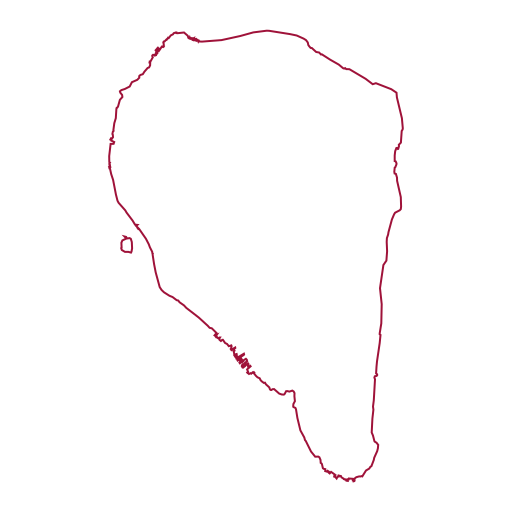 the district of Kota Tarakan, Kalimantan Timur, Indonesia
{"feature_id": "22746128B97983454808676", "entity_name": "Kota Tarakan", "entity_type": "district", "adm_level": 2, "iso_a3": "IDN", "parent_name": "Indonesia", "parent_adm1": "Kalimantan Timur", "projection": "natural_earth1", "projection_center": [117.588, 3.341], "detail": "fine", "context": "isolated", "style": "outline", "palette": "rose", "viewbox_px": 512, "rotation_deg": 0, "n_neighbors": 0, "source": "geoboundaries", "source_scale": "gbopen_adm2", "svg_char_len": 5991}
<svg xmlns="http://www.w3.org/2000/svg" viewBox="0 0 512 512"><path d="M307.8,42.5L306.0,40.1L303.6,38.6L296.7,35.5L290.0,34.1L269.1,30.8L266.7,30.7L253.3,32.4L240.3,36.0L221.5,40.1L202.1,41.6L199.5,41.5L198.9,40.7L198.4,41.5L198.1,40.6L196.7,40.8L197.0,39.6L196.6,39.5L196.3,40.4L195.8,40.2L195.9,38.9L195.6,38.9L195.4,39.9L195.2,39.9L195.3,39.0L195.0,38.9L194.6,40.0L194.0,40.4L193.4,40.1L193.7,39.2L193.2,40.1L192.8,40.0L193.5,38.4L192.6,38.9L192.6,38.2L192.2,38.2L192.1,38.9L191.3,38.9L191.7,37.4L190.7,38.8L190.1,38.5L189.7,37.4L189.2,38.4L188.4,37.9L187.7,35.7L184.0,32.5L177.5,33.2L176.5,33.1L176.5,32.5L176.0,32.4L173.7,33.2L173.0,34.3L170.8,35.4L168.7,38.1L168.1,37.7L166.7,39.7L166.4,39.5L164.5,41.5L164.0,41.4L163.5,41.9L163.3,42.6L163.8,44.2L163.5,45.5L164.0,46.1L163.7,46.7L163.1,47.1L161.8,46.6L160.1,49.2L159.2,48.7L159.0,49.0L157.9,47.7L157.6,48.0L159.4,50.2L158.9,50.9L157.9,49.9L158.2,49.3L157.3,48.4L155.6,50.3L156.1,51.1L156.4,50.5L157.4,51.6L157.4,53.2L157.0,53.6L156.2,52.7L155.9,52.9L155.5,54.0L155.9,55.2L154.8,55.6L154.3,55.0L153.1,54.8L152.4,55.4L152.2,55.9L152.8,57.3L150.3,61.8L149.7,61.6L149.5,62.6L150.2,62.8L150.1,65.4L149.1,67.4L147.6,68.0L144.4,71.7L142.8,74.2L140.6,74.9L139.5,75.7L139.2,76.2L139.3,77.7L137.3,79.8L131.9,82.2L129.7,86.5L124.8,89.0L121.4,90.1L119.9,91.3L120.3,92.7L122.1,94.9L122.4,97.0L119.9,99.8L118.0,106.6L117.2,107.7L116.7,107.8L116.4,108.8L115.8,118.2L114.3,123.2L113.4,130.0L113.6,130.9L112.9,131.6L112.4,134.0L112.8,134.7L113.0,137.2L111.7,139.0L111.6,138.3L111.1,138.2L110.4,139.5L111.4,139.8L111.3,140.6L114.2,142.0L113.6,143.8L110.6,143.9L109.2,156.1L109.3,162.0L109.8,162.5L109.5,162.7L109.8,164.4L109.4,164.4L109.5,164.9L109.8,165.7L109.6,166.0L110.0,166.0L110.3,167.1L109.3,167.6L109.4,168.0L109.8,167.8L111.2,174.1L113.1,179.9L115.9,194.4L117.5,200.7L118.6,202.8L125.3,210.4L126.5,212.5L132.6,220.6L135.0,224.6L137.4,224.9L136.2,226.0L137.8,227.6L137.5,227.9L138.4,229.1L139.1,228.9L145.9,238.7L148.8,244.3L149.9,247.3L152.2,251.8L152.3,253.1L152.8,253.6L152.6,254.4L154.1,264.2L155.7,272.4L159.7,287.1L161.6,290.0L164.0,292.3L169.5,295.8L172.5,297.0L176.7,300.2L178.2,300.5L179.6,302.3L184.0,305.4L186.3,307.9L198.7,317.5L207.8,325.8L209.6,327.8L211.8,328.3L216.5,333.0L214.6,335.3L215.2,335.6L216.7,334.9L215.6,336.5L216.1,337.1L216.7,336.6L217.4,337.8L218.4,338.4L219.4,337.5L220.0,337.5L219.3,338.7L219.5,339.8L220.9,341.0L222.3,339.8L222.9,339.8L225.1,343.0L227.1,344.0L228.8,346.2L231.3,345.4L231.6,346.2L231.2,347.8L231.4,348.2L230.7,349.0L231.3,349.9L231.7,349.6L232.0,350.0L233.3,348.6L235.2,347.5L235.3,348.0L233.7,349.3L234.5,350.7L233.7,351.4L234.4,354.7L236.6,354.0L236.7,354.5L234.4,355.4L235.3,356.8L237.8,355.8L235.9,357.1L236.3,358.3L243.9,353.7L244.1,354.5L243.8,354.9L237.7,359.0L237.3,359.5L237.4,360.1L237.7,360.6L241.2,358.5L241.8,359.4L240.1,361.1L240.6,361.9L239.5,362.7L239.9,363.3L241.8,361.8L242.1,362.2L243.4,361.1L243.2,360.5L245.9,358.8L246.8,359.7L247.2,361.4L246.4,362.1L246.1,361.9L245.0,363.4L244.7,363.1L243.5,364.3L243.5,364.7L242.8,364.4L241.9,365.3L242.2,366.1L241.9,366.4L242.3,367.1L242.9,366.8L243.2,367.5L245.0,366.1L244.9,365.8L246.2,364.5L246.4,364.8L248.1,363.5L248.5,364.1L247.9,365.4L248.4,366.5L248.1,366.8L248.3,367.2L250.2,365.8L250.6,366.3L247.1,369.4L248.1,371.8L247.2,372.5L247.5,372.9L247.8,372.7L249.0,374.0L250.5,373.2L251.2,373.7L252.6,372.4L252.9,372.7L253.8,372.1L254.3,372.7L253.8,373.2L256.1,376.0L257.5,377.3L259.7,378.3L260.6,380.2L261.8,381.4L263.8,382.9L265.0,382.7L265.9,384.3L269.3,387.4L269.9,389.2L270.5,389.9L271.4,390.0L272.5,389.2L274.1,389.1L279.2,393.6L281.8,394.5L283.9,394.6L284.7,393.9L286.1,391.2L287.4,391.1L289.4,391.6L292.3,390.6L293.7,391.5L294.5,393.1L294.4,396.2L294.9,401.2L293.4,404.0L293.2,406.3L293.4,407.0L295.4,407.9L296.0,409.3L297.4,418.0L300.4,430.4L304.3,437.5L305.0,440.1L305.8,441.0L311.0,451.5L315.2,456.7L318.3,456.6L319.4,457.3L320.5,459.9L320.7,462.9L321.7,463.6L322.0,464.4L322.9,468.2L323.6,468.8L325.1,469.1L325.0,469.4L325.4,470.0L325.2,471.1L326.8,471.6L327.6,470.8L328.9,471.7L328.4,472.3L328.9,472.8L329.3,472.5L329.8,473.3L331.1,471.9L334.6,474.4L334.5,474.8L335.4,475.1L335.0,476.2L334.4,475.9L334.2,476.6L335.3,477.0L336.6,478.5L337.6,476.6L338.8,476.6L338.9,476.3L338.5,476.2L338.6,475.5L341.0,476.1L341.4,477.3L343.7,478.7L343.8,479.1L345.6,479.6L345.5,480.7L346.0,479.5L346.5,479.7L346.5,480.7L347.8,480.9L347.8,479.3L348.7,479.4L348.9,478.5L352.7,478.8L352.8,480.3L353.5,480.3L353.6,481.3L354.3,481.1L354.3,480.4L354.6,480.2L354.4,478.7L356.3,477.2L359.2,476.4L360.4,476.5L361.5,476.1L362.3,476.4L366.0,470.5L369.2,468.6L370.4,466.8L371.4,466.2L373.8,459.9L374.2,457.8L377.2,451.1L377.9,448.3L378.2,444.9L376.5,442.7L374.7,441.6L374.4,441.1L373.0,435.6L371.7,432.5L372.4,418.6L373.4,409.7L373.0,406.6L373.8,400.2L375.0,379.3L374.4,377.6L374.8,376.3L376.6,375.9L377.2,375.1L377.1,374.3L376.1,373.4L376.5,366.7L377.0,361.4L379.7,343.0L380.5,334.9L379.7,334.3L379.7,333.3L381.3,323.4L381.7,304.2L380.0,288.2L383.4,265.0L386.4,260.6L387.1,251.3L386.7,241.9L386.9,238.1L388.1,234.6L388.5,232.1L391.9,219.5L394.1,214.3L395.1,212.7L399.7,210.3L400.8,209.1L401.1,206.6L400.8,197.1L397.1,180.8L397.0,177.6L395.9,173.9L394.6,173.5L394.3,171.8L394.7,167.7L395.3,167.2L396.4,164.5L396.5,163.3L395.7,161.4L394.7,161.1L394.7,155.4L395.2,151.1L396.4,148.0L397.0,147.9L397.9,149.0L398.2,148.9L399.0,146.1L398.8,144.8L400.9,142.6L401.7,131.0L402.6,129.5L402.8,128.3L401.9,118.2L396.9,97.4L396.5,92.7L391.3,89.2L375.9,83.2L372.7,84.2L365.6,78.8L349.4,69.2L346.2,69.1L345.1,68.1L344.2,68.6L343.1,68.2L338.8,64.6L330.2,59.7L321.8,54.3L321.0,54.5L319.1,52.5L316.2,52.0L311.8,48.0L310.6,47.9L309.2,46.3L308.3,45.0L307.8,42.5ZM131.5,251.6L132.1,248.4L131.9,243.8L131.8,242.0L130.8,238.8L129.6,238.1L126.3,238.6L122.4,240.4L121.4,242.7L121.6,247.7L121.2,248.1L121.8,250.0L125.0,251.9L128.5,251.9L131.0,252.6L131.5,251.6ZM126.4,237.4L126.1,236.9L124.5,236.5L125.3,237.4L126.4,237.4Z" fill="none" stroke="#9f1239" stroke-width="2"/></svg>